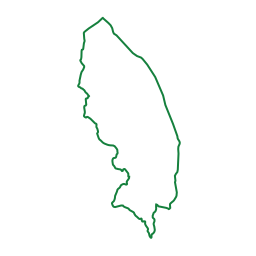 the State of Terengganu, rotated 9°
{"feature_id": "MYS-1149", "entity_name": "Terengganu", "entity_type": "State", "adm_level": 1, "iso_a3": "MYS", "parent_name": "Malaysia", "parent_adm1": "", "projection": "mercator", "projection_center": [102.939, 4.865], "detail": "fine", "context": "isolated", "style": "outline", "palette": "green", "viewbox_px": 256, "rotation_deg": 9, "n_neighbors": 0, "source": "natural_earth", "source_scale": "10m", "svg_char_len": 4672}
<svg xmlns="http://www.w3.org/2000/svg" viewBox="0 0 256 256"><g transform="rotate(9 128 128)"><path d="M85.9,23.2L86.8,23.9L92.3,27.4L94.8,29.3L96.8,31.9L98.2,35.3L99.3,37.0L102.2,38.3L121.1,53.3L125.6,55.5L129.9,56.4L131.6,57.5L137.1,62.4L146.9,73.4L157.6,90.4L161.3,99.4L171.8,116.9L178.0,128.3L178.6,130.3L179.0,131.0L180.9,133.2L181.4,134.3L181.5,135.5L180.7,138.6L180.9,141.0L181.9,145.4L183.7,161.4L183.6,163.8L182.5,165.8L181.8,167.9L183.1,172.7L182.9,174.2L186.3,184.0L186.5,187.2L186.3,188.4L184.8,192.1L184.0,193.3L183.3,194.0L181.8,195.8L181.4,196.6L181.5,197.5L182.2,200.3L181.5,201.4L180.9,201.7L180.5,201.4L179.7,201.2L178.3,200.9L170.6,200.6L170.2,200.5L169.9,200.3L169.7,200.1L169.5,199.8L169.2,199.6L168.9,199.4L168.0,199.1L167.8,199.1L167.8,199.6L168.1,201.6L168.2,202.0L168.5,203.6L168.4,204.5L168.3,205.3L168.2,205.7L168.0,206.0L167.7,206.6L167.5,206.9L167.0,207.3L166.8,207.6L166.6,207.9L166.2,210.4L166.1,210.8L166.2,211.2L166.3,212.0L166.4,212.4L166.6,212.7L166.8,212.9L167.1,213.1L167.7,213.5L168.0,213.7L168.2,213.9L168.4,214.2L168.6,214.9L168.7,215.8L168.7,216.2L168.6,216.6L168.4,217.4L168.3,218.2L168.3,218.6L168.4,219.0L168.5,219.4L168.6,219.6L169.4,221.3L170.3,224.1L170.4,224.5L170.4,224.9L170.4,225.4L170.2,226.5L169.9,227.2L169.4,228.0L168.9,228.6L168.7,228.8L168.4,229.0L168.2,229.3L168.0,229.6L168.0,229.9L168.3,232.3L168.2,232.6L168.0,232.8L167.5,232.7L166.8,232.0L166.4,231.5L166.1,231.1L165.2,228.8L164.8,228.2L163.6,227.0L163.5,226.5L163.4,226.1L163.6,225.3L163.6,224.9L163.6,224.6L163.4,224.3L163.0,223.7L161.3,222.0L160.5,221.0L160.1,220.4L159.9,219.8L159.8,219.6L159.7,218.1L159.5,217.7L159.1,217.6L158.3,217.6L157.9,217.9L157.5,218.1L157.1,218.1L156.7,218.0L156.3,217.5L156.1,217.1L155.9,216.7L155.8,215.9L155.6,215.6L155.3,215.4L154.7,215.6L154.0,216.0L153.5,216.0L152.9,215.8L150.4,214.1L149.8,213.8L149.2,213.4L148.8,213.1L148.4,212.5L148.2,212.2L147.9,212.0L147.7,211.8L147.5,211.5L147.4,211.2L147.2,210.8L147.0,210.6L146.7,210.4L146.3,210.2L142.7,208.9L142.0,208.4L141.5,207.9L141.1,207.6L140.4,207.3L137.5,206.7L136.1,206.2L135.8,206.0L135.5,205.8L135.1,205.4L133.4,205.6L127.7,208.1L126.7,208.1L126.3,208.0L126.0,207.9L125.7,207.7L125.5,207.4L125.0,206.9L124.0,205.1L124.0,204.7L124.1,204.2L125.4,202.5L125.6,202.0L125.8,201.2L126.0,199.8L126.0,199.0L125.9,197.1L126.9,193.0L127.2,191.2L127.2,190.7L127.5,190.1L127.9,189.5L128.8,188.6L129.3,187.9L129.8,186.3L130.0,185.7L130.5,185.2L131.5,184.4L132.1,184.1L132.6,183.9L133.1,183.9L133.4,183.9L134.3,184.1L134.7,184.2L135.4,184.1L135.7,183.8L135.8,183.4L135.2,181.7L135.2,181.1L135.5,180.3L136.3,178.8L136.9,177.3L136.8,175.9L136.0,175.9L135.8,175.5L135.7,174.6L135.5,173.5L135.4,173.1L135.2,172.7L131.6,169.3L131.0,169.1L130.6,169.1L130.4,169.3L130.1,169.5L129.8,169.7L129.7,170.0L129.5,170.8L129.4,171.2L129.1,171.3L128.8,171.4L128.5,171.2L127.9,170.6L127.5,170.3L127.2,170.2L126.8,170.1L125.5,170.1L125.1,170.1L124.3,170.1L124.0,170.0L123.6,170.0L122.3,169.9L121.9,169.7L121.4,169.2L120.8,168.3L120.0,167.5L119.2,166.9L118.8,166.4L118.5,165.5L117.9,163.6L117.7,162.6L117.7,161.7L117.9,160.9L118.1,160.4L118.4,160.1L118.7,159.9L119.8,159.5L120.1,159.4L120.4,159.2L120.6,158.9L120.7,158.6L120.8,158.2L120.9,155.9L121.2,155.4L121.5,155.1L121.6,154.8L121.6,154.1L121.2,152.9L121.1,152.2L120.8,151.3L120.7,151.0L119.7,149.9L117.7,148.1L116.1,147.6L113.2,147.9L111.4,147.9L109.5,147.6L108.8,147.4L108.1,147.3L106.2,146.7L105.1,146.1L103.2,144.7L101.5,143.7L100.6,142.5L98.4,138.3L99.0,136.8L98.9,136.0L97.9,133.7L97.6,133.2L97.3,132.9L96.7,132.1L96.5,131.2L96.4,129.7L96.2,129.1L95.8,128.8L95.1,128.6L94.7,128.5L89.4,124.7L86.8,123.5L86.4,123.4L86.1,123.4L85.7,123.5L85.3,124.0L84.9,124.2L84.4,124.2L83.3,123.7L82.8,123.3L82.6,122.8L82.8,120.7L83.0,119.9L82.7,118.2L81.7,115.2L81.5,114.3L81.5,113.8L81.5,113.7L81.5,113.4L81.6,113.1L81.8,112.9L82.1,112.7L82.4,112.5L82.7,112.4L82.9,112.0L83.1,111.5L81.8,106.3L81.8,105.8L82.0,105.5L82.3,105.3L83.0,105.1L83.3,105.0L83.5,104.7L83.6,104.3L83.6,103.9L83.8,103.6L84.3,103.0L84.5,102.6L84.2,102.3L83.4,101.7L82.4,100.6L82.0,100.3L81.7,100.1L81.4,100.0L81.0,99.7L80.4,99.3L79.0,97.6L78.7,97.4L77.9,97.0L77.4,96.6L77.0,96.3L76.6,96.2L76.2,96.2L75.8,96.2L75.4,96.0L74.9,95.6L74.6,95.4L73.2,95.1L72.5,94.7L72.2,94.3L72.2,93.9L72.8,92.1L73.0,91.4L73.0,91.0L73.0,90.5L72.7,88.9L73.0,82.8L73.3,80.4L73.4,79.9L74.6,77.3L75.2,74.7L75.0,73.7L74.5,73.2L72.2,71.3L70.5,69.1L70.3,68.5L70.4,68.2L70.7,68.0L70.9,67.1L70.9,65.3L70.1,59.1L70.2,58.0L71.1,57.5L71.3,57.2L71.4,56.8L71.2,51.1L71.5,49.3L71.5,48.7L71.2,47.7L70.9,47.0L69.5,41.1L70.0,39.8L73.7,35.8L81.8,28.3L85.6,23.4L85.9,23.2Z" fill="none" stroke="#15803d" stroke-width="2"/></g></svg>